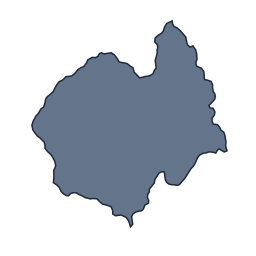 the district of Pedra do Indaiá, Minas Gerais, Brazil, rotated 350°
{"feature_id": "56859067B98249268301401", "entity_name": "Pedra do Indaiá", "entity_type": "district", "adm_level": 2, "iso_a3": "BRA", "parent_name": "Brazil", "parent_adm1": "Minas Gerais", "projection": "robinson", "projection_center": [-45.221, -20.289], "detail": "fine", "context": "isolated", "style": "filled", "palette": "slate", "viewbox_px": 256, "rotation_deg": 350, "n_neighbors": 0, "source": "geoboundaries", "source_scale": "gbopen_adm2", "svg_char_len": 2672}
<svg xmlns="http://www.w3.org/2000/svg" viewBox="0 0 256 256"><g transform="rotate(350 128 128)"><path d="M57.8,184.4L60.1,182.6L63.3,182.3L65.8,182.8L67.8,184.7L71.0,186.8L73.7,189.1L76.0,190.1L78.6,191.3L81.2,191.3L85.1,192.4L87.1,195.3L89.7,198.5L93.7,200.3L97.6,202.6L98.6,206.6L98.0,210.0L100.3,212.2L103.3,212.4L106.2,212.5L108.3,214.0L110.7,215.7L112.4,219.4L112.9,222.3L113.2,225.8L116.0,223.5L116.0,220.0L116.2,215.8L118.2,213.3L121.6,212.0L124.6,211.8L126.9,211.9L129.1,210.5L131.2,206.9L135.1,205.5L135.8,202.8L135.0,199.6L136.1,196.6L137.9,194.7L138.4,192.0L140.9,189.7L144.3,186.8L145.6,183.3L148.1,180.7L150.6,177.9L153.6,176.9L156.2,177.7L155.9,181.6L155.8,185.7L156.7,188.4L158.5,190.3L160.7,191.3L163.7,192.0L166.4,193.1L168.9,192.6L171.5,190.4L174.2,188.3L176.6,186.0L178.6,183.7L180.9,181.2L183.0,178.9L185.4,177.3L187.2,175.4L189.1,172.7L191.4,169.4L193.8,167.1L197.5,166.0L200.7,166.0L203.9,165.6L207.2,166.5L210.2,167.9L211.9,165.7L214.0,164.3L216.3,166.4L218.5,168.3L221.5,167.7L221.1,164.4L221.2,161.5L222.1,159.1L222.1,156.1L222.2,152.4L221.6,148.8L219.3,146.4L218.3,143.0L216.6,140.1L212.7,139.0L211.9,135.7L212.8,132.6L215.2,130.4L216.4,127.3L215.3,123.4L212.4,122.5L211.5,119.9L213.9,118.3L216.4,116.4L218.4,114.7L219.5,112.1L219.4,109.4L218.3,107.1L218.2,103.8L218.8,100.2L217.9,96.5L214.6,94.7L211.8,93.6L212.1,90.2L212.5,85.5L210.6,81.8L208.2,80.4L206.1,78.5L206.2,75.3L207.8,72.5L208.5,67.6L208.2,62.8L206.2,58.4L203.2,59.1L201.0,56.4L200.7,52.5L200.7,48.6L198.7,45.1L196.7,41.7L194.0,38.2L190.7,35.8L190.0,33.2L190.1,30.2L186.7,31.1L184.3,31.8L182.4,33.8L181.0,35.8L179.8,38.5L177.4,40.5L173.7,42.0L170.3,44.1L169.3,47.9L171.3,51.0L171.3,53.8L170.2,56.3L169.8,59.1L168.5,62.2L166.5,66.2L166.3,70.3L166.2,73.7L163.8,75.9L162.1,78.9L159.3,80.0L156.6,80.4L153.5,80.2L151.1,80.5L148.1,80.6L146.2,77.7L143.8,74.1L143.4,69.7L140.3,66.6L138.3,64.4L136.1,63.4L132.8,62.3L130.6,61.1L129.7,58.4L128.5,55.8L127.2,53.5L124.5,51.0L120.3,50.9L117.0,50.9L115.0,49.3L112.8,49.8L110.8,52.3L107.9,53.0L105.0,52.2L102.7,53.1L100.3,53.9L98.3,56.8L95.2,59.7L92.4,60.4L88.9,61.7L86.1,64.3L84.0,65.7L81.6,66.9L79.1,67.0L75.9,66.6L73.9,68.1L71.6,69.6L68.5,70.3L65.8,72.6L62.9,76.0L60.7,79.2L58.7,80.5L56.4,81.9L54.0,83.1L52.0,85.1L51.0,87.8L49.9,90.2L48.3,92.9L45.5,94.1L43.9,96.1L42.1,98.2L39.4,100.2L37.7,102.5L35.8,104.8L33.8,108.6L34.0,113.4L35.7,117.1L37.5,120.4L39.7,122.6L41.2,124.9L43.0,127.3L43.2,130.4L42.7,133.7L44.8,137.4L47.6,141.0L48.9,144.4L50.1,148.0L50.3,152.5L49.1,154.7L47.5,156.8L46.9,161.0L46.2,165.0L45.0,168.9L47.7,171.4L49.8,174.2L51.2,179.1L53.3,181.9L55.4,183.8L57.8,184.4Z" fill="#64748b" stroke="#1e293b" stroke-width="1.5"/></g></svg>